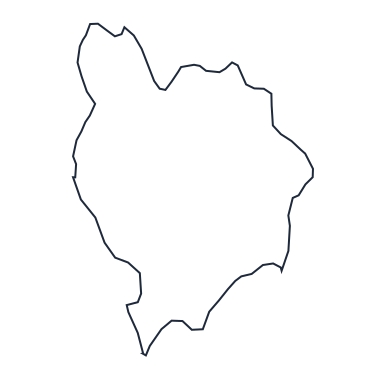 the district of Borås, Västra Götaland, Sweden, rotated 92°
{"feature_id": "70781695B44475344779169", "entity_name": "Borås", "entity_type": "district", "adm_level": 2, "iso_a3": "SWE", "parent_name": "Sweden", "parent_adm1": "Västra Götaland", "projection": "robinson", "projection_center": [12.965, 57.764], "detail": "fine", "context": "isolated", "style": "outline", "palette": "slate", "viewbox_px": 384, "rotation_deg": 92, "n_neighbors": 0, "source": "geoboundaries", "source_scale": "gbopen_adm2", "svg_char_len": 1175}
<svg xmlns="http://www.w3.org/2000/svg" viewBox="0 0 384 384"><g transform="rotate(92 192 192)"><path d="M181.4,311.4L203.4,302.8L220.9,287.7L245.7,277.6L260.3,266.5L264.7,253.4L274.9,241.3L295.3,239.3L304.0,242.3L307.3,253.3L314.3,251.4L334.7,241.3L355.1,235.2L355.2,235.6L356.9,232.4L347.3,228.8L330.1,217.7L321.3,207.9L321.3,197.0L329.7,187.4L328.8,176.4L311.0,170.6L299.8,161.6L287.7,152.6L279.3,145.6L274.6,139.8L271.8,129.5L262.5,118.6L260.6,108.4L264.3,100.7L267.6,99.7L262.4,98.1L247.5,93.6L222.4,93.0L212.1,94.9L194.4,91.1L191.6,85.3L180.4,78.9L173.0,71.9L169.5,71.9L164.6,71.9L149.7,80.2L146.0,84.7L137.6,94.3L131.1,105.2L122.7,113.5L103.1,115.4L91.0,116.1L90.4,117.1L86.3,123.8L86.3,133.4L82.6,141.7L63.9,150.7L61.1,156.5L67.6,162.9L71.3,168.7L70.4,182.2L65.7,188.6L64.8,194.4L67.5,207.3L72.2,209.9L82.5,216.3L90.9,222.1L89.9,227.9L82.4,233.7L50.7,247.3L37.6,255.6L29.7,265.3L36.7,267.9L39.1,274.5L33.7,282.4L27.1,291.9L27.7,299.7L39.1,303.5L43.8,306.4L50.4,309.2L66.6,310.9L80.3,306.4L95.3,300.6L107.3,291.9L119.2,296.8L125.8,301.0L135.4,304.7L144.3,309.2L160.5,312.1L168.2,308.8L181.4,309.2L181.4,311.4Z" fill="none" stroke="#1e293b" stroke-width="2"/></g></svg>